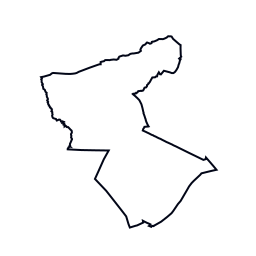 San Pablo Villa de Mitla, Oaxaca, Mexico, rotated 280°
{"feature_id": "50627088B9208224547873", "entity_name": "San Pablo Villa de Mitla", "entity_type": "district", "adm_level": 2, "iso_a3": "MEX", "parent_name": "Mexico", "parent_adm1": "Oaxaca", "projection": "natural_earth1", "projection_center": [-96.275, 16.968], "detail": "fine", "context": "isolated", "style": "outline", "palette": "ink", "viewbox_px": 256, "rotation_deg": 280, "n_neighbors": 0, "source": "geoboundaries", "source_scale": "gbopen_adm2", "svg_char_len": 5031}
<svg xmlns="http://www.w3.org/2000/svg" viewBox="0 0 256 256"><g transform="rotate(280 128 128)"><path d="M188.2,89.6L186.0,90.0L185.8,88.8L184.6,86.6L180.7,79.7L174.8,69.8L173.3,67.9L172.6,66.5L171.9,64.3L171.2,61.7L170.5,57.3L169.9,51.4L169.2,44.6L168.5,43.4L166.9,42.1L164.0,36.2L163.0,33.6L161.9,34.6L161.2,34.2L160.9,34.1L160.5,34.6L159.1,34.8L158.1,35.0L156.4,36.5L155.5,35.9L155.3,36.0L154.9,36.5L154.0,37.1L153.4,37.3L152.3,37.7L151.9,37.8L151.2,39.4L149.3,40.5L148.5,41.8L147.0,41.7L146.7,42.1L144.6,42.7L143.1,43.9L142.3,44.1L142.0,43.8L141.5,43.9L141.0,43.7L140.8,44.1L139.9,44.8L139.3,44.4L138.6,45.0L137.7,45.2L137.3,45.9L136.3,46.1L136.2,46.7L135.3,47.4L134.7,47.5L134.7,48.1L134.1,48.6L133.7,49.4L133.4,49.6L132.8,49.6L132.5,50.0L131.1,49.7L130.7,50.6L130.1,50.8L129.4,50.8L128.2,51.4L127.1,51.1L126.3,51.4L125.7,51.7L125.1,52.2L124.8,52.5L124.7,52.8L124.3,55.6L123.0,56.5L123.3,57.2L124.2,58.3L124.4,59.4L124.0,60.0L123.8,60.2L123.0,60.9L122.7,60.9L122.6,61.1L122.6,61.5L122.8,61.7L122.9,61.8L123.0,62.0L123.2,62.4L123.1,62.6L122.9,62.6L122.9,62.8L122.7,62.8L122.7,63.0L122.6,62.9L122.5,63.1L122.3,63.0L122.4,63.3L122.1,63.2L122.2,63.4L122.0,63.6L121.9,63.6L121.7,63.6L121.4,63.7L121.4,64.2L121.0,64.1L121.1,64.4L120.8,64.4L120.4,64.3L120.1,64.1L120.0,64.6L120.0,64.8L119.9,64.8L119.6,64.9L119.8,65.0L120.0,65.1L119.4,65.4L119.0,65.5L118.8,65.5L119.1,65.8L119.2,66.0L119.4,66.1L119.3,66.3L119.2,66.2L119.1,66.3L118.8,66.7L118.7,67.0L118.3,67.5L118.3,68.0L118.4,68.5L118.5,68.8L118.2,69.3L117.8,69.8L117.0,70.9L116.3,71.8L116.2,72.0L115.7,72.8L115.3,73.1L113.8,73.5L113.6,73.5L112.1,72.9L111.8,73.0L110.9,73.3L110.5,73.6L109.2,73.6L108.7,73.6L108.5,73.8L108.0,74.4L107.4,74.8L107.1,74.8L106.8,74.8L106.5,74.6L106.2,74.4L105.4,74.4L105.0,74.3L103.0,73.8L102.4,73.6L101.8,73.7L100.7,73.7L100.9,73.9L100.8,74.0L100.6,73.9L100.4,73.6L100.2,73.5L99.6,74.3L99.6,74.0L99.5,73.7L99.2,73.6L98.9,73.2L98.7,72.9L98.5,72.7L98.3,72.7L97.9,72.6L97.6,72.7L97.4,72.6L97.2,72.3L96.9,72.2L96.5,72.3L98.2,86.0L100.3,99.3L102.5,112.9L93.0,109.6L80.2,106.4L72.1,104.3L62.4,117.4L50.5,130.7L44.1,137.8L40.6,141.6L33.6,145.1L30.3,147.1L33.0,152.4L33.6,153.8L37.5,159.4L39.2,158.8L37.9,163.1L37.7,163.9L37.7,164.1L37.6,164.5L37.5,164.8L37.4,165.2L37.4,165.4L37.3,165.7L37.0,166.7L36.4,166.4L35.7,166.1L35.3,165.9L35.2,165.8L34.8,167.7L34.7,168.0L35.8,168.6L35.8,168.9L35.7,169.4L35.7,169.8L36.0,170.0L36.0,170.4L36.4,170.7L38.2,172.9L41.5,176.9L47.3,182.1L51.7,185.7L54.0,186.9L61.8,190.4L65.3,192.5L77.2,196.9L81.1,198.3L84.8,200.2L87.3,201.9L94.5,207.3L96.1,208.2L98.8,214.3L100.4,218.0L102.2,222.4L105.6,218.4L112.5,209.9L110.8,209.9L109.7,207.8L113.7,193.8L114.0,192.7L117.6,180.4L117.7,180.1L118.1,178.7L118.3,178.0L118.6,176.7L119.1,175.0L119.3,174.6L120.1,171.5L120.6,169.6L120.9,168.2L121.2,167.4L122.4,163.4L122.9,162.0L123.1,161.0L123.2,160.4L123.8,158.3L123.9,158.1L124.1,157.4L124.4,156.6L124.6,155.3L125.2,153.9L125.2,153.5L125.3,152.9L125.6,151.8L126.3,149.7L127.0,147.1L127.2,146.5L128.1,143.0L129.8,143.2L131.5,144.0L132.0,144.0L132.4,145.4L132.6,146.2L133.0,147.8L133.1,148.0L133.2,147.9L135.4,146.2L135.9,145.9L137.2,145.0L139.1,144.0L139.6,143.9L140.7,143.2L142.1,142.5L143.7,141.6L145.2,140.7L145.8,140.7L146.5,140.3L150.1,138.8L153.7,137.1L156.9,134.7L157.4,134.3L159.3,131.7L159.5,131.3L160.1,130.4L160.5,129.9L160.8,129.3L161.3,128.5L161.7,127.7L162.3,126.8L162.7,127.2L162.7,127.9L162.8,128.4L162.9,128.5L163.2,128.8L163.2,129.2L163.5,129.9L164.1,129.9L164.3,130.7L164.8,131.2L165.1,131.3L166.1,131.7L166.5,133.3L166.8,133.8L166.8,134.7L167.0,134.9L167.0,135.1L167.2,135.5L167.2,135.9L167.5,136.3L168.3,136.7L169.1,136.9L170.0,137.1L170.6,137.3L171.2,138.8L171.3,138.8L172.3,139.4L173.3,139.3L173.6,139.3L174.1,139.8L174.3,139.9L174.9,140.3L175.0,140.4L175.3,140.4L175.3,140.5L175.8,140.8L176.1,141.0L176.6,141.2L176.8,141.4L177.7,141.7L177.9,141.8L178.3,141.9L178.6,142.0L178.9,142.1L180.9,142.8L181.5,143.0L182.0,143.2L182.6,145.8L182.9,146.1L183.5,146.4L183.9,147.7L185.4,147.7L188.2,148.7L186.5,150.2L186.5,151.1L190.6,153.4L190.1,159.5L189.7,161.5L190.0,163.2L190.7,163.9L191.5,164.6L192.5,165.1L193.8,165.7L195.2,166.2L195.8,166.4L196.3,166.6L196.7,166.7L198.3,166.8L199.3,166.9L200.1,167.1L200.4,167.2L201.1,167.2L201.6,167.3L201.8,167.3L203.7,167.4L203.8,167.5L204.7,167.8L204.7,167.7L205.0,166.6L205.2,166.3L207.4,168.0L207.5,167.9L208.9,167.3L215.6,165.9L218.7,165.4L218.8,165.4L219.3,164.1L220.6,161.9L223.6,156.9L225.6,155.1L225.7,154.3L225.3,151.6L223.7,150.3L222.3,148.3L221.6,147.0L221.0,143.0L219.5,141.4L218.0,139.1L217.5,138.1L217.4,137.4L216.9,136.5L215.8,136.5L215.4,136.1L214.9,135.2L214.8,134.9L215.1,134.3L215.5,132.0L215.4,131.7L214.3,131.1L213.3,130.5L211.8,128.3L208.9,127.0L207.4,126.6L206.2,127.3L204.0,125.2L202.4,120.7L202.2,119.5L201.4,117.4L199.7,115.7L198.7,112.9L198.6,110.5L196.8,107.1L195.6,106.5L194.6,106.6L193.2,104.9L193.0,102.1L192.1,99.1L191.7,98.3L191.0,94.1L190.6,93.4L189.9,93.0L189.6,92.7L188.8,90.7L188.2,89.6Z" fill="none" stroke="#020617" stroke-width="2"/></g></svg>